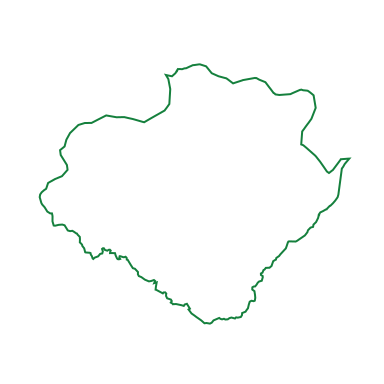 Gibi, Margibi, Liberia (Albers equal-area conic projection), rotated 10°
{"feature_id": "62588387B31480436327445", "entity_name": "Gibi", "entity_type": "district", "adm_level": 2, "iso_a3": "LBR", "parent_name": "Liberia", "parent_adm1": "Margibi", "projection": "albers", "projection_center": [-10.006, 6.564], "detail": "fine", "context": "isolated", "style": "outline", "palette": "green", "viewbox_px": 384, "rotation_deg": 10, "n_neighbors": 0, "source": "geoboundaries", "source_scale": "gbopen_adm2", "svg_char_len": 4567}
<svg xmlns="http://www.w3.org/2000/svg" viewBox="0 0 384 384"><g transform="rotate(10 192 192)"><path d="M161.2,286.6L165.1,287.5L167.3,286.7L169.8,285.3L171.1,286.0L170.6,288.3L172.9,287.1L172.9,291.5L173.1,294.5L173.9,294.6L180.9,296.9L181.4,295.9L183.0,295.5L184.3,296.5L184.3,297.4L184.5,298.9L186.0,301.0L189.9,301.6L191.0,302.9L190.3,304.6L192.7,305.5L192.8,305.8L195.7,305.1L201.2,305.3L203.7,305.6L204.3,304.1L206.4,303.0L210.2,307.3L209.0,308.3L212.6,311.7L216.0,313.3L218.5,314.6L218.8,314.7L223.1,316.7L224.3,317.4L226.9,319.0L227.1,319.1L229.0,318.5L229.4,318.5L232.5,318.5L234.1,317.3L235.5,314.7L240.7,311.3L242.0,312.0L243.7,312.2L244.1,312.0L245.5,311.3L246.9,311.8L249.3,311.2L250.8,309.7L252.6,308.8L256.3,309.1L257.2,307.8L258.9,307.8L261.8,306.6L262.6,304.6L262.4,302.5L265.0,300.9L265.5,300.6L266.2,298.9L267.3,296.8L267.5,293.0L267.9,290.0L269.4,288.8L271.7,288.8L272.7,288.1L272.7,285.3L271.9,282.3L270.7,278.8L268.3,277.6L268.2,277.1L268.0,275.4L269.0,274.5L269.8,274.2L270.6,274.0L271.7,272.0L272.5,269.9L273.6,268.5L276.1,267.3L276.5,263.8L276.2,262.5L274.7,261.9L274.3,261.7L274.0,260.3L275.4,259.2L275.7,257.7L276.0,256.4L276.8,255.9L277.9,253.9L281.5,253.1L283.2,251.0L283.4,249.6L284.0,246.0L285.0,245.1L285.9,244.3L286.4,244.0L286.4,243.4L286.5,242.3L288.1,240.7L288.9,239.9L289.8,238.1L293.4,232.5L294.2,231.3L294.6,229.0L295.2,224.9L295.6,224.0L296.5,223.7L299.9,223.2L301.0,223.0L302.7,222.8L304.0,221.8L305.9,219.9L310.7,215.2L311.4,213.9L312.4,212.0L312.6,211.7L312.7,210.6L312.9,209.5L314.9,206.5L315.3,206.3L317.3,205.3L317.3,203.0L319.4,200.1L320.7,195.7L320.8,194.0L321.1,192.9L320.8,192.9L320.8,192.2L321.9,189.8L324.3,188.1L326.9,185.9L327.6,185.7L327.9,185.0L330.1,181.7L330.6,181.6L332.7,178.7L334.5,175.7L335.5,173.6L336.3,171.9L336.6,169.1L335.5,142.9L336.5,140.9L337.5,138.0L338.8,135.7L341.1,131.8L339.8,132.1L332.9,133.9L332.9,134.0L331.7,136.4L326.9,145.9L326.3,146.5L323.7,149.4L323.6,149.5L323.2,149.3L321.3,148.4L317.5,144.5L316.3,143.3L314.5,141.5L314.1,141.1L312.8,139.8L310.3,137.6L309.3,136.7L308.2,135.7L307.8,135.4L307.2,134.9L306.7,134.6L306.1,134.2L304.1,133.0L297.1,128.7L293.8,126.8L293.4,126.6L291.3,126.2L290.0,113.2L290.3,112.7L290.5,112.2L291.5,110.3L291.6,110.0L292.9,107.3L294.3,104.5L294.5,104.2L296.9,99.2L299.2,87.7L298.3,85.1L297.2,82.0L296.6,80.3L296.0,78.6L295.4,76.9L295.2,76.4L295.0,75.7L294.0,75.1L292.6,74.3L291.5,73.7L290.6,73.2L289.1,72.5L288.4,72.2L287.5,72.2L283.7,72.5L281.8,72.2L281.1,72.6L280.6,72.7L273.5,77.4L272.0,78.5L271.3,78.7L261.1,81.3L260.7,81.3L257.2,81.4L256.0,80.5L255.2,80.4L251.5,76.9L249.7,75.3L245.2,71.1L238.7,69.7L235.6,68.6L234.9,68.8L234.3,68.7L222.6,73.0L222.2,73.3L213.9,77.7L213.6,77.9L207.4,74.7L206.1,74.1L203.5,73.9L198.0,73.4L190.8,71.6L184.1,65.8L183.5,65.7L177.6,64.9L176.4,65.2L172.5,66.5L170.7,67.0L168.6,68.5L168.2,68.7L167.9,68.9L164.8,71.1L163.0,71.6L160.9,72.8L158.7,73.0L157.6,73.3L156.8,73.3L156.4,74.2L156.4,75.0L156.2,75.6L155.9,75.5L155.1,77.8L153.3,80.1L152.2,81.5L148.5,81.4L146.0,81.3L149.1,84.9L152.7,94.4L154.4,109.3L152.0,114.3L151.3,115.6L150.9,116.5L139.3,126.1L134.9,129.8L132.8,131.6L131.3,131.5L122.9,130.6L120.9,130.4L115.8,130.2L112.3,130.0L104.7,131.5L94.2,131.5L87.0,136.9L81.1,141.4L74.4,142.7L68.5,145.7L63.2,153.0L62.2,154.4L61.7,155.0L59.2,162.3L58.6,169.3L54.8,173.7L56.3,178.4L57.2,179.4L64.1,187.1L65.0,189.8L65.6,191.8L61.2,199.0L54.9,203.0L48.8,208.0L48.7,208.2L48.1,212.2L48.0,213.1L47.7,214.3L46.1,215.8L44.0,218.4L42.9,220.8L42.9,223.5L45.5,228.9L46.6,230.3L49.5,232.6L52.9,236.4L56.1,237.7L57.8,237.4L58.6,239.3L58.9,240.3L59.3,242.7L59.7,245.1L61.6,249.0L62.7,249.0L63.2,248.9L66.4,247.5L69.9,246.6L72.3,246.9L74.9,249.8L76.3,251.4L76.6,251.5L78.8,251.7L79.7,251.4L80.9,251.0L82.5,251.6L85.3,252.9L85.9,252.9L86.8,253.9L89.3,255.7L89.6,256.9L89.6,257.2L89.8,257.6L90.3,261.1L91.8,262.1L92.9,263.0L93.3,264.1L95.6,266.2L97.3,269.9L97.8,270.0L101.9,269.6L102.7,269.8L103.2,271.2L104.4,272.4L105.5,274.3L105.6,274.6L106.4,275.1L107.6,273.5L108.8,272.8L110.7,271.7L111.4,270.5L112.1,269.3L112.3,268.9L114.3,268.1L114.5,265.9L113.3,263.7L114.0,262.9L114.9,262.7L116.4,264.2L118.8,264.5L120.0,263.4L121.1,263.1L122.1,263.8L121.8,265.2L121.9,266.4L123.4,266.1L126.8,265.6L127.8,267.7L129.6,270.3L129.8,270.5L130.4,271.0L131.7,271.0L132.8,270.4L131.8,269.4L131.9,267.8L132.7,267.7L135.4,268.1L136.3,268.1L137.8,267.3L139.0,268.1L139.5,269.9L140.4,269.9L144.4,274.5L147.0,277.3L149.1,277.5L152.7,280.2L153.0,282.4L154.2,284.0L156.9,284.6L160.8,286.5L161.2,286.6Z" fill="none" stroke="#15803d" stroke-width="2"/></g></svg>